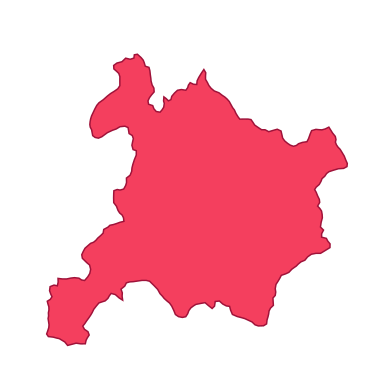 the district of Campestre, Minas Gerais, Brazil, rotated 85°
{"feature_id": "56859067B89566342102842", "entity_name": "Campestre", "entity_type": "district", "adm_level": 2, "iso_a3": "BRA", "parent_name": "Brazil", "parent_adm1": "Minas Gerais", "projection": "orthographic", "projection_center": [-46.226, -21.716], "detail": "fine", "context": "isolated", "style": "filled", "palette": "rose", "viewbox_px": 384, "rotation_deg": 85, "n_neighbors": 0, "source": "geoboundaries", "source_scale": "gbopen_adm2", "svg_char_len": 4448}
<svg xmlns="http://www.w3.org/2000/svg" viewBox="0 0 384 384"><g transform="rotate(85 192 192)"><path d="M50.0,234.4L50.3,237.5L53.5,238.2L54.4,242.0L52.9,246.4L56.1,250.4L57.0,255.6L59.1,259.0L62.6,259.1L65.3,256.5L67.5,254.6L70.8,253.8L75.0,254.2L79.8,254.6L82.7,256.9L84.9,260.7L86.8,264.5L89.1,268.0L92.3,272.3L95.0,276.9L97.4,279.3L100.9,281.6L104.5,283.7L107.4,285.4L110.3,286.6L113.2,287.4L116.0,287.9L118.6,287.7L121.2,286.6L124.3,286.3L127.2,286.0L129.2,283.8L130.2,280.5L129.1,277.0L127.5,274.4L125.5,271.1L123.6,265.9L122.6,262.0L120.7,258.1L120.6,253.1L122.2,250.1L125.4,249.8L128.3,249.6L130.5,246.6L133.7,245.8L136.5,246.7L140.2,247.8L144.6,247.0L146.0,243.9L150.4,244.3L154.8,246.6L159.3,248.5L162.8,249.7L166.2,250.3L169.9,252.2L172.4,256.1L176.9,256.4L179.7,257.5L183.1,259.8L183.8,263.5L183.0,266.3L183.9,269.7L186.6,270.1L191.0,270.6L195.8,270.9L199.6,268.5L203.9,267.3L206.6,265.9L208.9,263.6L211.7,262.5L215.3,262.4L215.9,266.4L216.9,270.1L217.6,273.3L218.0,276.7L219.7,278.8L221.6,283.2L225.2,284.1L227.3,286.6L229.7,289.9L231.8,292.0L233.5,294.5L234.3,297.5L236.2,300.1L238.7,303.5L241.7,305.5L244.9,307.3L248.5,307.0L251.2,304.7L253.4,302.8L255.8,300.4L260.2,299.7L264.2,300.9L267.4,303.2L270.8,306.7L270.0,309.7L268.0,312.1L267.1,316.6L267.2,320.4L267.7,324.5L267.3,328.8L266.4,333.0L270.1,333.2L273.7,334.3L272.7,337.6L273.9,341.6L277.9,342.5L281.4,341.6L284.1,340.6L286.6,342.5L288.2,345.7L291.3,345.2L293.9,344.6L297.1,344.8L299.8,345.6L303.0,345.7L305.5,346.4L308.5,346.2L311.8,346.0L314.6,346.5L317.7,347.8L320.8,349.2L323.5,347.7L324.5,342.8L325.6,339.9L326.5,337.0L328.4,334.4L330.3,331.8L334.0,329.3L333.2,324.6L332.5,320.6L333.6,315.9L333.9,311.5L330.4,310.4L328.2,309.0L325.5,306.9L322.1,307.8L319.4,311.1L316.1,312.5L313.7,310.2L311.4,308.4L308.8,306.1L306.0,303.8L303.5,302.0L300.3,300.1L297.4,297.4L294.4,294.4L293.7,291.6L292.9,288.0L290.7,285.1L288.2,283.4L286.0,281.4L287.5,277.3L291.2,273.8L293.7,270.5L289.6,270.7L286.4,270.2L282.6,271.2L279.9,267.2L276.8,265.3L276.1,261.8L276.2,258.3L276.0,255.0L275.7,249.4L276.1,245.2L277.2,242.0L279.2,240.3L282.0,237.9L286.0,234.7L290.5,232.7L293.3,230.5L295.6,229.0L298.5,226.3L300.7,224.0L304.0,222.1L308.3,220.5L312.6,219.2L315.0,216.3L316.1,212.5L315.7,209.1L312.9,206.9L309.9,205.5L307.3,203.2L305.5,200.3L304.3,197.9L303.7,192.4L303.4,188.6L306.5,185.6L309.8,182.1L307.7,179.5L303.1,178.4L303.0,174.2L306.3,171.1L308.5,167.7L309.2,164.5L313.2,163.8L317.5,162.4L320.0,157.8L321.6,153.3L322.7,150.5L324.5,147.3L326.7,143.5L329.8,140.8L331.2,137.6L331.5,132.4L329.9,129.2L326.0,128.4L323.0,127.2L320.3,126.3L317.2,125.6L314.5,123.9L312.0,120.8L307.7,120.7L304.7,120.6L302.3,118.1L299.0,117.3L295.6,117.5L291.4,116.4L288.3,114.0L285.8,112.2L282.8,110.3L281.7,105.9L280.5,102.5L277.7,99.4L276.3,97.1L274.9,94.6L273.0,92.4L271.1,89.6L269.8,85.5L266.7,82.5L264.4,78.5L263.9,73.8L264.3,69.3L262.4,65.4L261.1,62.8L259.4,59.4L255.7,59.0L252.8,61.0L249.9,62.2L248.3,66.8L244.9,66.5L241.4,64.3L238.1,67.1L233.5,66.0L229.1,64.4L225.7,64.3L222.3,64.6L219.7,66.0L217.0,68.1L213.5,65.7L210.4,65.8L206.8,67.2L203.1,68.3L200.3,69.6L198.0,67.9L195.6,64.6L192.7,62.6L190.0,61.3L187.9,58.4L185.3,56.3L183.7,53.8L182.6,49.1L181.6,44.2L181.7,38.9L180.2,35.4L177.1,34.8L173.6,36.0L169.5,37.2L165.6,39.1L162.4,40.7L160.1,42.6L157.6,44.0L154.9,44.8L152.3,44.0L149.1,44.4L145.4,46.9L142.8,48.2L139.3,50.0L140.8,53.8L141.4,57.2L141.0,60.0L140.4,63.1L141.3,67.5L144.5,69.2L148.9,71.2L151.9,73.1L152.2,77.7L153.2,81.7L154.7,83.9L155.3,86.9L153.9,90.0L151.9,92.5L149.2,95.2L146.2,97.0L143.1,97.4L139.0,98.0L136.9,101.6L137.6,105.3L138.6,110.3L136.4,113.7L136.0,117.3L133.3,120.7L130.8,123.7L127.6,125.4L125.0,126.9L124.3,129.6L123.9,133.5L123.6,138.0L121.1,139.6L117.5,141.4L114.0,142.6L111.5,144.2L108.3,145.6L105.1,147.0L102.4,149.0L100.2,151.1L98.3,153.5L95.5,156.5L93.3,161.0L90.4,163.9L87.4,165.9L84.3,167.1L80.9,168.7L77.5,168.4L74.4,167.9L71.0,169.5L74.7,172.5L78.5,175.3L81.7,177.2L85.3,177.9L84.8,181.1L82.9,184.3L85.3,186.3L87.7,187.2L90.1,189.3L89.0,193.6L89.4,197.6L91.9,200.8L94.9,203.8L98.2,205.0L99.1,207.6L96.6,209.7L94.8,211.7L98.8,212.4L101.3,211.9L105.1,212.8L107.7,214.8L109.7,216.9L108.7,220.6L105.8,222.7L102.5,223.6L100.8,227.6L97.4,227.9L94.4,226.2L91.9,224.0L89.0,221.0L85.2,220.9L81.9,222.4L77.9,223.1L75.2,223.1L71.5,223.3L67.5,223.4L64.1,224.0L62.6,227.6L59.1,228.3L56.4,229.1L53.8,230.9L50.0,234.4Z" fill="#f43f5e" stroke="#9f1239" stroke-width="1.5"/></g></svg>